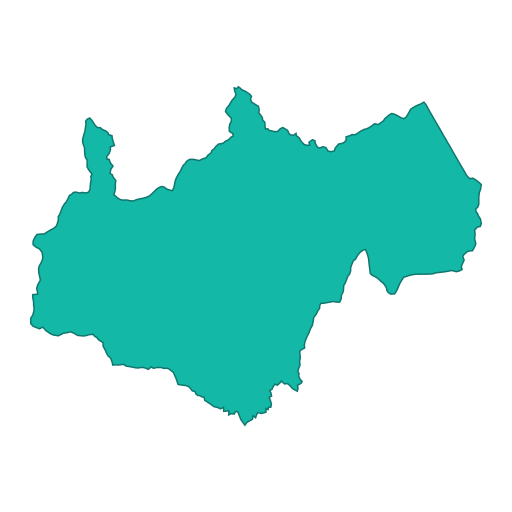 Palmeira, Paraná, Brazil
{"feature_id": "56859067B23664287771885", "entity_name": "Palmeira", "entity_type": "district", "adm_level": 2, "iso_a3": "BRA", "parent_name": "Brazil", "parent_adm1": "Paraná", "projection": "robinson", "projection_center": [-50.067, -25.452], "detail": "fine", "context": "isolated", "style": "filled", "palette": "teal", "viewbox_px": 512, "rotation_deg": 0, "n_neighbors": 0, "source": "geoboundaries", "source_scale": "gbopen_adm2", "svg_char_len": 6019}
<svg xmlns="http://www.w3.org/2000/svg" viewBox="0 0 512 512"><path d="M473.0,178.2L469.6,178.6L466.6,175.4L463.0,169.0L460.9,165.5L459.2,162.7L457.7,160.0L455.6,156.4L454.1,153.8L451.1,148.5L449.3,145.2L447.4,142.3L446.3,140.1L444.3,136.8L440.5,130.1L439.1,127.7L435.4,121.4L433.5,118.0L431.9,115.2L429.9,111.8L428.6,109.4L426.1,104.9L423.9,102.1L421.0,103.9L418.3,104.9L416.3,105.8L413.4,107.4L410.7,109.2L408.8,112.7L406.3,116.9L403.9,118.7L401.1,117.8L397.2,115.5L393.9,114.0L391.7,113.5L389.4,114.8L384.9,118.6L383.5,120.7L381.7,122.1L378.1,124.6L374.6,123.7L371.5,126.1L368.6,127.9L366.0,129.0L363.8,129.5L360.0,131.6L357.0,133.7L354.4,134.9L352.2,134.5L349.6,135.8L346.1,136.8L346.2,139.7L344.7,142.1L341.7,143.5L338.7,144.0L335.3,147.9L334.3,150.9L331.1,151.7L327.9,151.0L325.9,147.6L322.9,146.7L319.6,148.1L317.2,146.9L315.3,143.3L315.0,140.8L312.5,139.7L309.0,142.3L309.6,145.1L307.4,145.4L304.1,144.5L301.0,141.1L299.1,137.7L296.4,135.8L296.0,133.4L293.4,135.3L290.4,134.8L288.8,133.2L287.6,130.4L282.8,127.5L280.2,128.8L277.5,131.5L274.7,131.6L271.8,131.0L269.2,130.4L267.7,128.7L265.5,129.2L265.0,126.6L264.9,122.4L262.7,120.1L262.3,117.6L260.2,114.4L258.7,112.8L259.2,110.4L258.5,106.4L255.1,104.3L251.5,102.0L250.5,98.8L251.5,96.4L250.1,94.5L247.2,92.5L244.6,90.9L241.9,89.8L240.3,88.2L238.4,86.8L236.6,88.7L234.2,87.9L234.6,90.6L236.0,94.4L234.8,97.3L232.1,100.2L230.9,102.1L229.4,104.8L226.4,108.6L225.5,111.5L227.6,114.3L231.4,118.4L231.2,121.7L229.8,124.0L229.2,127.1L229.3,131.2L231.0,132.5L233.0,133.6L233.0,136.2L231.0,137.2L228.6,139.7L225.5,141.2L223.0,143.3L218.5,144.1L216.0,146.3L214.4,148.5L211.9,150.6L210.8,153.2L208.1,155.0L206.1,157.7L202.3,159.0L199.2,160.6L196.0,159.9L193.2,159.3L189.5,159.4L186.5,161.4L185.2,163.6L183.3,165.3L181.5,168.6L180.0,171.9L178.3,174.2L176.0,178.7L175.2,181.1L174.5,184.5L173.8,187.8L172.3,190.8L167.0,189.2L164.0,187.0L161.5,186.5L159.1,187.5L156.5,189.2L152.4,193.3L149.6,195.8L146.2,197.4L142.7,198.3L139.6,198.9L136.4,199.7L133.5,201.0L129.9,200.7L127.5,200.1L125.0,200.0L122.4,200.1L119.9,199.4L117.0,197.5L113.9,194.6L114.8,191.6L115.4,188.6L115.3,184.2L115.8,180.4L113.4,177.6L112.2,174.7L110.0,173.4L110.9,169.1L113.0,166.1L110.3,162.8L109.2,159.4L106.9,159.1L106.8,156.4L109.2,153.4L110.5,149.5L110.3,146.9L114.4,145.5L112.5,139.3L111.9,135.6L108.8,134.8L107.8,132.6L105.7,130.9L102.3,129.5L100.2,127.6L97.6,127.6L95.2,125.4L92.1,120.6L89.8,118.0L87.3,119.1L85.7,121.2L86.0,124.2L85.3,128.4L84.9,131.6L83.8,134.7L82.7,139.0L82.6,142.1L83.3,144.5L84.4,147.3L84.7,152.1L84.9,155.2L85.5,157.6L87.1,160.1L87.1,163.1L87.1,166.8L88.5,169.5L90.0,171.6L92.0,174.2L90.8,176.5L91.2,179.4L90.5,183.4L90.2,186.2L90.2,188.9L88.6,192.2L85.4,193.0L82.1,192.4L79.3,193.0L76.1,192.1L73.4,192.4L71.8,194.1L69.4,195.5L67.9,198.8L66.3,201.9L64.5,203.8L62.3,207.5L60.8,211.5L59.6,214.6L58.2,216.7L58.4,219.4L57.6,222.7L56.4,226.0L53.7,228.3L50.7,229.9L46.7,232.3L44.3,233.9L41.4,234.0L37.1,234.4L34.7,237.6L33.1,241.2L33.1,244.7L36.4,247.4L39.3,248.7L42.0,252.2L42.8,256.8L42.3,260.2L40.8,263.3L39.2,266.1L38.6,268.4L38.7,272.3L40.4,280.1L37.6,285.1L36.7,288.6L37.3,291.1L37.8,294.1L35.3,294.4L32.8,294.6L32.8,297.8L33.6,302.1L33.6,305.4L34.1,308.3L33.9,311.0L32.8,315.0L30.8,318.2L30.7,320.9L30.8,323.7L33.1,326.3L36.3,327.5L39.4,328.8L42.8,327.1L45.8,330.5L50.0,333.5L53.4,335.0L58.4,335.8L63.3,333.3L67.1,332.7L70.5,331.8L73.7,333.1L77.6,335.4L83.5,336.0L86.4,335.5L89.5,334.6L93.2,334.4L94.6,336.3L96.6,337.3L98.8,340.0L103.0,342.6L103.2,346.5L104.8,349.2L107.0,354.1L108.2,356.0L110.7,358.2L112.0,361.7L112.8,365.1L115.8,364.8L118.6,365.0L123.7,364.3L125.8,366.0L130.7,366.8L135.1,367.7L138.2,368.0L140.5,367.5L143.3,367.5L145.8,368.2L148.2,369.4L151.3,366.9L153.5,368.3L156.9,367.5L161.2,367.5L163.8,368.4L166.8,368.2L169.3,369.1L171.5,371.0L173.4,372.4L174.7,375.5L176.0,378.3L177.0,381.2L178.0,384.4L182.1,385.1L186.0,385.6L188.7,386.6L190.5,388.5L192.3,390.9L194.9,391.4L196.0,394.0L197.7,395.5L199.9,395.6L201.8,396.9L204.1,397.2L204.7,400.3L210.6,404.1L213.9,406.6L217.9,407.6L220.3,408.8L223.5,407.4L223.7,411.3L229.0,410.9L228.7,414.9L231.5,413.6L234.1,414.1L235.5,411.7L237.7,411.5L239.0,414.9L240.9,419.6L242.4,421.7L244.9,425.2L246.9,422.4L252.5,419.2L253.1,415.8L255.6,417.7L256.5,414.9L258.0,412.5L261.4,413.5L266.0,412.2L265.9,408.7L268.1,409.6L268.5,407.2L270.8,407.2L271.4,404.1L270.4,400.4L269.1,397.3L271.6,396.1L270.9,392.9L269.7,390.3L271.9,389.5L273.0,386.9L274.8,384.1L277.3,385.2L279.6,383.3L281.4,381.1L284.4,383.9L287.6,383.6L289.9,385.6L291.6,387.6L293.2,389.1L297.3,391.2L298.0,388.4L297.5,385.3L300.9,383.4L302.1,381.5L300.0,379.1L298.6,376.0L299.1,373.6L297.8,371.5L298.7,368.4L300.0,365.2L299.6,361.2L300.3,357.9L299.9,354.3L299.7,351.3L301.5,349.6L304.6,348.0L304.3,344.7L305.0,341.6L306.0,339.0L307.5,335.6L309.0,332.7L310.4,328.9L312.3,325.5L313.2,321.3L313.7,317.5L316.5,313.8L317.6,311.2L319.6,308.3L319.7,305.8L320.8,303.3L323.8,303.2L327.9,302.5L333.0,301.5L336.6,302.1L339.6,302.2L341.3,298.6L341.4,295.3L342.9,292.5L343.5,289.9L343.7,285.6L345.4,282.7L346.7,279.2L348.0,276.0L349.6,274.2L350.6,270.9L350.7,267.6L351.5,265.2L353.3,260.7L355.3,259.5L357.7,255.2L360.1,252.3L363.3,250.0L365.4,249.5L367.0,253.0L368.5,258.3L369.0,262.8L369.6,268.1L370.3,273.6L372.2,275.3L375.0,276.6L377.9,278.4L380.4,280.9L383.5,283.4L385.4,286.0L386.5,288.0L386.9,290.6L388.3,292.5L390.6,294.1L394.6,293.9L396.8,290.5L399.7,283.8L401.2,281.0L403.6,277.3L409.5,275.4L411.5,274.9L415.4,274.2L426.8,274.1L430.8,274.0L433.1,273.7L435.9,272.8L440.6,272.3L445.3,271.7L451.9,270.5L456.4,271.7L459.5,270.9L462.1,269.5L461.3,266.5L462.3,264.0L464.1,260.1L462.7,256.1L465.0,253.5L467.5,251.5L470.2,250.8L472.4,250.8L474.0,248.1L475.0,245.9L475.8,243.5L474.6,238.8L475.1,234.6L474.6,230.2L477.2,227.1L480.3,226.4L481.3,223.5L480.4,218.9L478.5,216.0L477.6,213.6L476.0,211.7L475.7,209.0L477.8,207.1L478.7,204.7L478.8,201.9L478.8,197.0L479.4,192.2L480.4,189.9L481.3,184.5L476.9,180.7L473.0,178.2Z" fill="#14b8a6" stroke="#0f766e" stroke-width="1.5"/></svg>